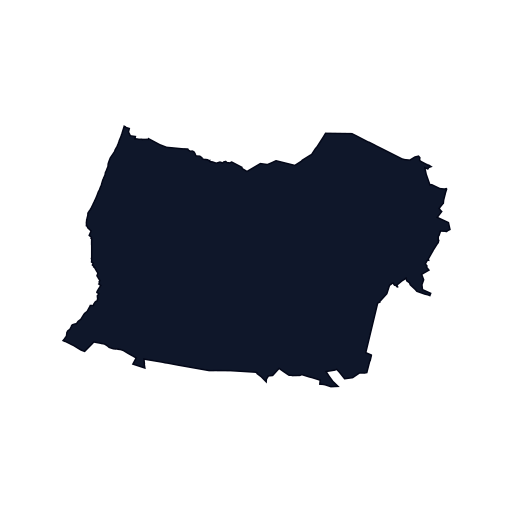 outline of Skultes pag., Limbaži, Latvia, rotated 25°
{"feature_id": "27541924B61161973080375", "entity_name": "Skultes pag.", "entity_type": "district", "adm_level": 2, "iso_a3": "LVA", "parent_name": "Latvia", "parent_adm1": "Limbaži", "projection": "natural_earth1", "projection_center": [24.474, 57.372], "detail": "fine", "context": "isolated", "style": "filled", "palette": "ink", "viewbox_px": 512, "rotation_deg": 25, "n_neighbors": 0, "source": "geoboundaries", "source_scale": "gbopen_adm2", "svg_char_len": 5824}
<svg xmlns="http://www.w3.org/2000/svg" viewBox="0 0 512 512"><g transform="rotate(25 256 256)"><path d="M161.5,400.9L165.8,400.4L168.5,399.5L169.0,399.0L169.9,398.7L169.9,398.9L170.2,398.9L172.9,398.0L175.8,397.7L181.1,398.3L190.5,399.0L190.1,406.0L202.6,404.5L200.4,401.2L200.4,400.8L198.0,396.8L216.3,391.7L218.8,391.2L221.2,390.4L231.5,387.8L261.8,379.7L264.5,378.5L267.1,377.2L281.3,370.7L304.4,361.6L306.3,361.3L306.6,362.1L311.8,363.2L318.4,365.7L317.5,363.3L317.6,362.1L317.9,359.8L317.8,359.5L321.2,357.5L321.6,357.2L324.4,348.1L330.5,349.2L332.5,349.5L332.6,349.4L332.9,349.6L336.3,350.1L338.3,349.2L339.5,349.0L346.2,345.7L347.7,344.1L355.3,343.1L358.3,342.5L366.7,341.4L368.0,345.2L370.8,344.1L371.9,343.8L373.1,343.5L379.1,342.8L385.4,339.5L377.8,336.9L377.8,336.7L372.9,334.0L368.3,331.1L375.5,326.2L377.1,324.6L380.8,326.1L388.2,329.8L395.0,325.4L399.2,318.3L403.8,316.2L405.7,314.8L405.6,314.4L405.3,312.8L403.5,303.2L403.7,302.7L402.6,297.4L402.4,297.0L396.3,297.2L396.0,295.7L386.2,247.4L386.2,247.2L387.3,245.9L387.1,245.9L390.5,234.9L389.4,226.2L390.5,224.3L390.4,224.1L390.7,223.5L391.0,223.4L391.6,222.6L391.9,222.5L392.2,222.6L393.0,223.5L393.9,223.9L394.1,223.9L394.5,223.6L395.2,223.4L395.3,223.5L396.0,224.0L396.8,224.3L397.2,224.3L397.4,224.1L395.7,222.7L396.3,222.1L398.7,217.0L400.7,213.9L401.3,212.7L403.2,214.8L406.4,215.4L408.0,216.9L414.5,219.0L416.7,220.0L425.1,219.2L428.4,218.5L430.3,218.4L430.1,216.0L421.1,216.1L418.5,211.9L418.0,206.7L413.9,202.7L414.7,201.4L418.7,195.7L415.8,194.3L415.2,194.2L415.2,192.8L412.8,191.6L413.1,187.3L414.3,186.9L413.4,185.8L414.1,177.0L414.2,176.6L414.1,175.6L414.3,174.7L415.2,167.8L415.5,167.1L415.0,164.6L414.5,164.7L412.9,161.1L413.2,160.1L412.7,155.4L416.5,153.8L418.4,153.3L419.0,152.0L420.6,150.0L418.2,146.9L416.3,144.4L403.9,144.4L405.5,137.2L404.1,136.7L401.8,135.5L403.3,129.4L403.5,129.1L402.4,125.9L401.2,119.5L401.1,119.4L400.5,114.8L400.0,114.5L398.4,115.7L394.1,117.2L385.2,117.1L384.4,117.4L383.9,117.8L383.6,118.1L375.7,110.0L373.9,107.6L371.6,104.6L374.9,104.5L375.1,102.8L376.9,101.0L374.0,100.6L373.2,101.3L372.4,100.8L371.3,100.9L365.5,100.6L363.9,100.2L363.3,98.8L363.0,97.7L361.1,96.8L358.2,99.1L354.9,104.1L350.1,105.8L347.3,106.3L325.4,105.6L317.3,105.4L317.0,105.3L310.2,105.1L309.8,105.2L309.7,105.3L295.6,104.7L291.2,104.6L267.2,115.4L266.8,119.2L266.8,119.3L265.2,131.2L264.5,133.6L263.5,140.7L262.8,141.4L257.4,149.7L257.2,150.7L252.9,157.5L233.9,161.2L230.8,164.9L227.7,168.3L220.9,170.4L212.1,183.2L206.3,182.6L205.8,181.6L194.2,181.1L192.9,182.8L191.9,183.0L190.5,183.6L190.0,183.6L188.6,183.1L187.0,184.4L186.3,186.0L184.5,185.9L183.5,186.2L181.2,188.3L180.7,188.7L176.8,189.1L176.3,189.3L175.8,189.4L175.7,189.7L175.4,189.8L174.9,189.7L174.2,189.9L173.9,189.5L173.8,189.4L173.7,189.1L173.5,189.3L173.1,189.3L172.7,189.5L172.3,189.3L171.9,189.3L171.4,189.2L171.2,189.4L170.4,189.7L170.0,189.6L169.9,189.7L169.5,189.8L169.4,190.0L167.8,190.5L167.4,190.5L166.7,190.6L165.8,190.5L165.6,190.4L165.4,190.1L165.4,189.8L162.9,189.3L159.6,190.6L159.0,190.4L157.8,189.4L157.4,188.9L155.6,187.8L153.9,187.8L153.1,188.3L152.8,188.6L152.1,188.8L150.4,188.7L149.6,188.4L149.0,187.9L146.0,189.1L144.2,189.9L132.9,193.9L129.0,195.3L125.9,195.5L122.8,195.7L121.9,195.8L109.0,195.1L109.1,195.8L104.3,198.1L104.2,198.2L104.1,198.4L103.3,198.4L103.0,198.7L102.6,198.7L102.0,199.0L101.8,199.2L101.2,199.4L100.8,199.7L100.4,199.8L100.0,200.0L99.7,199.9L97.3,200.7L97.2,200.6L96.9,201.0L96.8,200.9L96.6,201.0L96.5,200.9L96.2,198.7L91.3,200.2L91.1,200.0L88.0,197.5L87.3,194.0L83.0,194.6L82.9,194.1L81.7,194.1L81.8,194.5L82.0,196.2L82.2,196.6L82.1,197.3L82.3,197.6L82.3,198.5L82.4,198.8L82.6,200.7L82.8,201.2L82.9,202.1L82.9,202.3L82.8,202.6L83.0,203.3L83.2,206.0L83.2,206.8L83.3,209.3L83.5,210.1L83.6,211.8L83.8,212.9L83.7,213.6L83.7,214.3L83.9,215.2L83.6,217.5L83.6,218.3L83.5,219.0L83.5,219.5L83.6,220.1L83.7,221.5L83.3,223.5L83.3,224.0L82.9,226.2L82.6,228.1L82.5,229.0L82.6,229.9L82.7,231.6L82.9,233.6L83.0,234.6L83.4,235.9L83.7,236.5L84.1,237.9L84.1,238.9L84.1,239.7L84.3,242.0L84.3,243.1L84.2,243.8L84.6,245.1L84.7,245.7L85.0,246.6L84.9,247.6L85.0,248.8L84.9,249.4L85.1,250.9L85.0,251.7L85.5,255.0L85.5,255.4L85.7,256.1L86.0,257.7L85.9,258.2L85.9,258.8L86.0,260.3L86.0,260.8L86.2,261.6L86.0,264.7L86.1,265.5L86.2,266.8L86.3,267.7L86.4,269.8L86.5,272.9L86.4,273.7L86.5,275.1L86.4,277.8L86.5,278.4L86.4,280.1L86.4,282.6L86.2,283.3L86.2,284.2L86.2,284.7L85.9,285.3L85.8,286.7L85.6,287.3L85.6,288.2L85.7,288.6L86.3,289.9L86.6,291.2L86.8,292.5L87.1,293.7L87.2,294.7L87.4,295.2L87.7,295.9L88.1,297.3L88.9,298.8L89.5,300.3L90.6,300.4L91.5,301.5L96.0,303.0L96.1,307.8L99.0,308.6L99.1,309.8L99.8,309.9L101.4,313.5L102.3,315.4L102.6,315.8L107.4,326.1L107.9,327.3L107.8,327.7L108.8,329.0L109.5,331.0L111.6,331.3L111.5,333.3L113.6,334.0L113.6,334.5L114.9,334.7L114.9,334.9L118.0,337.1L119.7,338.1L119.8,338.3L120.0,338.5L120.2,341.1L121.0,341.7L122.0,342.2L122.2,342.5L124.6,344.0L124.9,344.2L124.9,344.7L124.7,345.5L125.7,347.1L125.4,347.8L127.8,348.3L127.2,352.7L127.0,355.5L127.2,356.3L129.5,356.6L129.2,358.8L129.0,359.1L130.1,361.0L130.5,360.9L130.8,361.8L130.6,362.3L130.9,362.8L130.8,364.2L130.3,364.5L129.7,365.6L129.3,368.3L129.6,369.6L126.7,370.9L126.8,371.8L126.6,374.1L126.4,377.6L125.0,380.3L124.7,381.5L124.0,387.4L122.4,390.4L121.9,393.3L120.9,393.9L118.9,395.7L118.5,396.3L118.3,397.2L118.5,397.7L118.3,401.2L117.9,401.8L117.0,403.6L117.0,405.6L117.3,406.2L118.1,409.0L118.0,409.5L117.7,410.1L117.6,411.3L117.3,412.8L117.2,413.0L116.9,414.2L118.8,414.2L119.2,414.0L124.4,414.1L126.1,414.2L128.6,414.2L133.5,414.8L137.3,415.2L141.0,414.9L144.7,404.5L145.3,402.5L151.8,400.8L153.5,400.5L154.0,400.2L154.4,400.2L155.8,399.8L156.4,399.9L156.7,399.9L159.6,400.3L161.5,400.9Z" fill="#0f172a" stroke="#020617" stroke-width="1.5"/></g></svg>